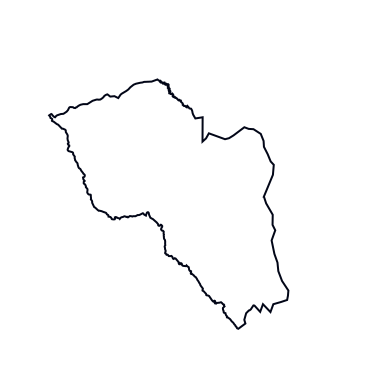 the district of Guruve, Mashonaland Central, Zimbabwe, rotated 326°
{"feature_id": "62879985B94788523957313", "entity_name": "Guruve", "entity_type": "district", "adm_level": 2, "iso_a3": "ZWE", "parent_name": "Zimbabwe", "parent_adm1": "Mashonaland Central", "projection": "equal_earth", "projection_center": [30.574, -16.701], "detail": "fine", "context": "isolated", "style": "outline", "palette": "ink", "viewbox_px": 384, "rotation_deg": 326, "n_neighbors": 0, "source": "geoboundaries", "source_scale": "gbopen_adm2", "svg_char_len": 5985}
<svg xmlns="http://www.w3.org/2000/svg" viewBox="0 0 384 384"><g transform="rotate(326 192 192)"><path d="M226.3,79.4L220.3,77.9L213.8,73.9L212.2,73.5L210.2,72.5L206.1,70.9L203.6,70.4L199.5,70.7L196.5,71.4L194.0,71.5L188.6,71.2L187.1,71.4L183.4,72.9L181.3,69.2L177.6,67.2L176.5,63.8L176.1,63.6L174.5,63.3L172.8,63.4L171.5,63.9L169.9,64.1L167.8,64.1L166.4,63.4L165.1,62.3L164.3,61.9L160.6,60.8L154.3,60.6L150.9,58.3L148.3,57.3L146.5,57.1L144.7,57.1L143.8,57.3L143.0,57.0L142.1,57.1L141.1,56.2L140.7,55.1L138.6,53.5L137.8,53.3L136.9,53.6L135.1,54.7L133.0,55.3L131.1,55.3L129.2,55.3L126.8,54.0L123.0,53.0L122.0,53.0L120.3,53.5L119.8,52.9L119.3,50.9L119.2,49.1L118.9,48.6L116.4,48.6L116.5,50.2L116.1,51.6L116.6,52.3L116.9,53.3L116.2,54.3L115.7,54.6L115.7,54.9L116.6,56.2L117.9,60.1L118.7,61.4L119.6,66.8L120.3,67.2L121.4,68.9L121.7,69.5L121.8,70.3L120.9,71.8L120.8,74.7L120.4,76.0L118.7,78.0L117.9,79.7L117.5,81.9L116.9,82.4L116.2,82.4L115.9,82.9L115.9,83.9L116.3,84.7L116.0,85.3L114.9,85.7L113.9,86.3L112.7,87.2L112.4,87.8L112.5,89.0L115.0,92.0L115.3,92.7L115.2,93.3L114.5,94.4L114.6,97.1L113.7,98.2L113.1,100.0L112.9,100.2L112.9,102.6L113.1,103.5L113.1,104.2L112.4,105.7L111.7,108.1L111.7,109.1L112.3,110.4L112.1,112.7L112.3,115.1L112.2,116.2L112.5,116.9L112.6,117.8L112.4,118.3L111.6,119.1L110.7,119.2L109.8,119.0L109.3,120.1L109.0,120.9L109.2,122.8L108.0,123.0L107.1,124.2L107.1,124.8L107.6,125.9L107.6,126.4L107.3,127.1L107.3,127.9L106.7,128.7L107.0,130.8L106.6,131.8L105.0,133.6L104.8,134.2L104.8,135.6L105.1,136.4L106.4,137.5L106.4,138.0L105.8,138.8L104.7,140.9L104.0,141.6L104.2,143.0L103.8,144.3L103.2,145.1L102.5,149.8L103.0,150.8L103.8,154.3L104.2,155.4L104.7,155.6L106.3,157.3L107.7,159.4L108.2,159.9L108.5,160.5L109.0,161.1L109.1,161.6L109.0,163.0L109.6,164.2L109.6,164.6L109.0,165.7L110.4,167.1L110.6,168.4L110.4,169.2L110.4,169.7L111.4,170.7L112.6,171.4L113.5,171.0L113.9,169.9L114.6,170.0L115.4,170.8L115.6,171.6L117.1,173.5L117.1,173.9L118.2,173.5L119.3,173.5L120.9,174.1L122.3,174.3L122.7,174.6L123.7,176.1L124.3,176.2L124.7,177.2L127.0,177.2L127.9,177.9L128.9,179.0L129.6,179.1L131.7,180.5L134.0,180.7L135.2,181.5L136.0,181.7L139.3,182.1L139.6,182.5L139.7,184.0L140.6,185.8L141.9,184.7L143.0,184.0L143.7,183.9L144.4,184.4L144.4,185.2L143.7,186.9L143.1,190.0L143.9,191.7L144.4,192.5L145.7,197.5L145.9,199.7L145.4,200.7L145.4,201.1L145.9,201.7L146.6,202.0L147.6,201.6L148.1,202.0L148.2,202.5L148.3,203.5L147.8,204.2L146.8,204.6L145.8,205.3L145.5,205.6L145.4,206.6L145.6,207.3L146.3,208.0L146.4,209.0L145.2,210.6L145.0,211.1L145.0,211.5L144.5,211.9L143.9,212.8L143.7,213.5L143.1,214.2L142.7,215.2L142.7,216.8L142.0,218.2L140.9,219.7L140.0,221.3L139.2,221.6L138.7,222.1L138.3,223.4L137.8,224.1L137.2,226.2L136.5,226.7L136.2,227.2L135.6,227.5L135.5,227.9L135.9,229.0L135.8,229.8L136.5,230.1L136.8,230.5L136.9,232.1L138.1,233.0L139.2,233.5L139.4,234.6L139.0,236.6L139.4,237.3L140.6,237.2L141.2,238.0L141.8,243.6L141.2,243.6L141.0,244.6L141.6,245.2L142.5,245.2L143.1,244.9L143.4,245.5L143.4,245.8L142.9,247.1L143.0,247.7L143.4,248.3L145.4,250.0L146.0,250.2L146.4,249.9L146.5,250.3L146.6,251.2L147.2,252.3L147.0,253.1L146.1,255.0L146.1,256.2L146.8,256.8L146.9,257.2L146.2,257.7L146.1,258.7L145.5,258.8L145.4,259.1L145.5,259.6L146.2,260.0L146.9,262.3L146.9,263.4L147.5,264.7L147.5,266.9L147.3,267.8L147.4,269.7L147.2,271.1L147.2,272.9L146.8,274.1L147.0,278.0L146.9,278.4L145.9,279.1L145.6,279.6L146.3,281.2L146.4,282.5L146.6,283.4L146.7,284.3L146.2,285.5L146.6,286.1L147.2,286.5L148.0,287.8L148.0,292.8L148.2,294.4L148.4,294.7L149.7,294.6L150.1,295.1L150.0,295.8L149.3,296.0L148.9,296.3L148.8,297.2L149.6,298.0L150.4,297.8L153.1,299.2L154.4,299.6L154.8,300.9L154.9,302.2L155.5,303.1L155.5,303.5L155.0,303.9L155.0,305.0L152.9,305.4L152.5,305.8L151.9,307.0L151.6,308.5L151.3,308.8L151.0,309.6L151.1,310.2L151.5,310.5L152.0,311.2L151.6,312.0L151.4,312.8L151.3,313.6L151.5,314.3L151.4,314.6L151.4,315.0L150.9,315.4L150.9,315.6L151.7,316.4L152.5,318.8L152.6,321.5L153.1,323.4L153.1,325.6L153.3,326.3L153.3,327.3L153.1,327.7L153.4,329.0L153.2,330.2L153.9,331.3L162.7,330.9L163.9,327.2L169.1,322.8L172.9,322.0L173.5,322.3L175.1,322.2L179.4,320.4L179.9,320.6L180.3,321.3L181.5,329.5L188.1,324.7L189.9,335.4L196.7,330.5L204.4,333.0L210.5,334.7L213.5,331.7L216.8,327.6L216.9,316.1L219.3,305.9L223.4,298.3L225.7,289.4L230.9,276.7L239.6,270.3L240.4,264.3L246.2,256.0L247.1,242.9L249.0,236.2L248.9,236.1L268.7,223.0L275.0,215.2L274.3,210.7L275.9,202.9L276.9,194.8L279.9,189.7L281.5,182.3L278.1,174.3L274.3,171.4L271.6,167.6L258.1,168.3L252.8,168.1L248.9,166.7L238.8,152.8L233.6,155.4L228.9,156.1L242.6,136.0L235.9,132.9L236.2,128.7L236.6,127.0L237.5,124.9L237.8,123.4L237.8,122.4L236.6,121.3L236.5,119.1L236.3,118.4L236.3,117.9L236.0,117.9L235.0,118.8L234.6,118.0L234.4,116.8L233.5,116.3L233.4,116.0L233.5,115.0L233.1,115.0L233.0,114.5L233.6,113.9L233.8,113.3L233.3,111.1L233.7,110.6L233.8,110.3L233.3,110.2L233.2,109.8L233.0,109.3L233.3,108.8L233.2,108.6L232.6,108.2L232.3,108.7L232.1,108.5L231.9,107.5L231.9,106.6L231.6,106.1L231.7,105.5L231.2,105.0L231.2,104.5L230.7,104.5L230.6,104.2L230.7,103.4L230.1,103.4L229.6,102.6L229.5,101.9L230.4,101.4L230.2,100.5L230.4,100.4L230.7,100.7L230.9,100.6L230.7,99.3L230.3,99.3L229.9,99.7L229.5,99.0L229.0,98.7L228.8,97.9L228.3,97.4L228.4,97.2L228.6,97.1L228.9,96.8L229.1,96.1L229.4,96.3L229.6,97.3L230.0,96.5L230.3,96.5L230.5,96.0L230.3,95.5L229.8,95.8L229.5,95.6L229.5,95.2L230.6,94.9L230.7,94.7L230.2,94.2L230.7,93.9L230.3,93.2L230.7,93.2L230.9,93.4L231.2,93.4L231.1,92.8L230.4,92.5L230.6,91.3L230.9,91.1L231.1,91.9L231.4,91.9L232.1,90.6L232.6,90.0L232.6,89.6L232.4,89.1L231.8,88.8L231.1,89.4L231.0,88.9L231.4,88.4L231.3,88.0L229.9,88.1L229.8,87.5L230.2,87.5L230.2,86.7L230.5,86.3L230.5,86.1L229.0,86.3L228.5,85.9L228.6,85.5L229.1,85.4L229.2,85.1L228.6,84.7L228.4,84.1L227.8,84.1L227.8,83.4L227.2,83.4L227.1,82.7L227.3,82.5L227.8,82.6L228.1,82.2L227.9,81.9L227.4,81.7L226.7,80.9L226.3,79.4Z" fill="none" stroke="#020617" stroke-width="2"/></g></svg>